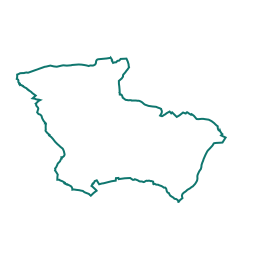 Zau De Campie, Mures, Romania (Robinson projection), rotated 341°
{"feature_id": "2599482B76504610301788", "entity_name": "Zau De Campie", "entity_type": "district", "adm_level": 2, "iso_a3": "ROU", "parent_name": "Romania", "parent_adm1": "Mures", "projection": "robinson", "projection_center": [24.155, 46.61], "detail": "fine", "context": "isolated", "style": "outline", "palette": "teal", "viewbox_px": 256, "rotation_deg": 341, "n_neighbors": 0, "source": "geoboundaries", "source_scale": "gbopen_adm2", "svg_char_len": 5724}
<svg xmlns="http://www.w3.org/2000/svg" viewBox="0 0 256 256"><g transform="rotate(341 128 128)"><path d="M151.2,214.9L151.6,214.5L153.7,213.1L156.2,212.2L156.6,212.1L156.7,211.7L156.8,210.4L156.9,209.8L157.0,209.5L157.4,208.9L157.8,208.4L158.1,208.1L158.6,207.8L160.3,207.1L161.4,206.9L162.7,206.4L164.0,205.8L167.1,205.2L168.4,204.7L169.6,204.4L170.3,204.3L171.4,203.7L173.1,202.8L174.3,201.9L175.9,200.5L176.4,199.9L177.2,198.4L177.7,196.7L178.0,195.9L178.5,195.1L179.0,194.5L180.4,193.0L181.2,192.2L182.9,190.9L183.2,190.8L183.5,190.5L184.2,189.5L184.6,188.9L185.5,186.9L187.1,184.8L188.2,183.6L189.3,182.1L192.7,178.4L195.0,176.2L196.0,175.4L199.1,173.8L202.2,172.1L203.6,170.9L203.9,170.6L204.5,170.4L206.8,170.9L210.6,172.0L212.6,172.5L217.2,168.8L213.6,165.3L215.2,164.5L214.9,164.0L214.6,163.2L214.1,161.2L214.1,160.6L213.9,160.9L212.9,159.4L212.8,158.9L212.8,158.1L212.9,157.0L213.4,155.6L213.1,155.2L212.5,154.3L211.6,152.6L211.1,151.5L209.3,148.8L207.7,147.1L207.0,146.4L206.4,146.1L203.1,144.4L202.2,143.9L200.5,143.3L197.6,142.6L196.1,142.0L195.8,141.8L195.6,141.4L194.4,138.2L194.0,137.5L193.2,136.4L192.6,135.6L191.9,136.0L190.0,133.7L189.5,132.9L189.1,132.4L188.8,132.3L187.9,132.7L187.3,133.1L187.1,133.0L185.9,132.0L185.1,131.3L183.9,131.7L182.5,132.2L180.8,132.8L177.7,133.4L174.8,127.6L173.6,128.2L172.7,126.0L169.7,126.5L168.6,126.8L168.3,127.0L167.6,127.2L166.3,127.4L164.5,127.9L164.0,127.9L163.2,127.4L162.4,126.7L164.4,125.1L165.2,123.9L165.3,123.6L165.5,122.9L165.5,122.4L165.4,121.2L165.5,120.7L164.6,119.8L162.5,118.1L161.7,117.3L161.2,117.0L158.3,115.7L154.8,113.9L154.1,113.4L152.9,112.4L151.8,111.6L151.0,110.6L149.7,108.3L148.7,107.1L147.6,106.1L146.9,105.7L146.0,105.4L145.2,105.0L144.2,104.5L140.5,103.3L140.4,103.1L139.7,102.6L137.1,101.8L136.2,101.2L135.2,100.8L134.7,100.3L134.4,99.9L133.8,98.9L133.2,98.1L132.9,97.6L133.0,97.4L132.9,97.1L133.0,96.3L132.9,95.6L132.9,95.1L132.7,94.7L132.6,94.4L132.1,93.9L132.2,94.3L131.1,93.7L132.5,89.0L133.3,85.8L133.8,83.3L134.7,80.5L135.7,80.1L136.5,79.8L137.1,79.5L137.6,79.4L138.1,79.2L140.0,77.8L140.5,76.5L140.9,76.0L142.4,75.2L143.6,74.5L145.4,73.2L146.2,72.8L148.8,70.9L148.8,69.8L149.3,67.9L149.3,67.2L149.4,65.1L149.1,61.9L146.0,61.0L143.5,60.3L142.6,60.9L141.9,61.2L141.6,61.4L141.2,61.4L140.3,61.1L139.9,61.1L139.4,61.3L138.8,61.7L138.0,62.0L136.9,61.6L136.2,61.6L135.1,61.6L135.1,61.2L134.7,59.5L134.9,59.5L134.9,59.1L135.1,58.7L135.0,58.0L134.5,55.9L134.4,56.0L130.4,55.3L122.2,53.3L121.3,53.3L120.9,53.4L120.1,53.9L119.6,54.5L118.7,56.3L118.1,56.9L117.8,57.1L117.2,57.4L115.8,57.6L115.1,57.5L114.7,57.4L113.0,56.7L112.5,56.6L111.0,56.6L110.9,56.5L108.9,55.2L107.3,54.3L104.8,53.0L102.1,51.9L95.6,50.2L94.7,50.2L91.2,49.3L90.2,49.0L87.8,47.9L86.9,47.6L85.6,47.4L80.7,46.9L80.2,46.7L77.9,45.6L74.9,43.7L70.7,43.3L69.6,43.1L69.2,43.0L51.6,43.2L51.0,43.0L50.2,42.5L48.5,42.2L47.5,42.2L45.4,41.5L43.8,41.1L41.9,41.4L40.6,41.4L39.8,43.8L39.6,44.1L38.8,45.4L39.5,46.0L39.8,46.5L39.8,47.6L39.4,48.5L39.3,49.0L39.5,49.5L39.9,50.1L40.1,50.4L40.1,50.7L39.5,50.7L39.5,51.1L39.8,51.2L39.8,51.6L40.2,51.6L40.1,52.3L40.7,52.3L42.1,53.7L41.9,53.8L42.7,54.9L43.6,56.0L45.0,57.4L45.1,57.6L45.2,58.1L46.0,59.1L45.8,59.2L46.3,60.0L47.5,61.4L48.3,62.5L48.8,63.7L51.3,67.3L47.5,68.9L49.6,70.1L49.9,70.4L50.6,71.1L53.1,72.3L54.1,73.0L52.8,73.2L52.0,73.4L48.8,74.9L49.0,75.1L49.0,75.5L48.6,76.4L48.6,76.7L48.6,77.1L49.2,78.7L49.5,79.4L49.5,80.1L49.5,80.4L49.2,81.0L48.7,81.6L47.7,83.0L47.2,83.6L47.7,85.1L48.0,85.7L48.5,86.1L49.3,86.7L49.7,87.3L50.2,88.7L50.0,90.2L50.1,91.3L50.4,93.2L50.7,94.4L51.3,95.8L51.2,96.1L51.1,96.3L51.5,96.3L51.8,96.8L51.8,97.2L51.8,97.5L51.4,97.9L51.1,98.5L51.0,98.9L50.2,101.0L49.9,102.2L49.7,102.8L49.3,103.2L49.2,103.8L49.2,104.2L50.0,106.3L50.8,107.7L51.6,109.0L51.0,109.4L52.4,111.4L53.4,113.7L54.1,115.8L54.3,116.4L54.6,117.3L56.0,120.2L57.1,122.1L57.9,123.7L59.5,126.2L59.7,127.3L59.8,129.2L59.7,130.0L59.5,132.2L59.2,132.8L58.5,133.5L58.1,133.8L57.0,134.2L56.5,134.2L55.5,134.0L55.4,135.3L54.8,135.3L54.6,135.4L53.0,137.2L52.2,137.7L50.1,138.7L48.6,140.4L47.3,141.7L46.7,142.1L45.9,142.5L45.7,143.9L45.5,144.2L45.2,144.4L45.8,146.4L46.4,149.2L46.0,149.9L45.4,151.1L44.3,153.9L46.2,154.6L46.2,154.8L46.9,155.6L48.4,156.8L48.8,157.2L50.5,159.2L49.9,159.7L51.9,161.7L52.2,161.4L54.4,163.7L55.1,164.5L55.5,165.4L55.6,166.5L55.6,167.3L55.3,168.2L56.5,168.4L57.4,168.8L58.9,169.6L61.8,171.0L63.0,171.8L64.8,172.8L65.9,174.5L67.6,176.0L68.6,176.8L69.4,177.5L69.6,177.7L70.2,178.9L70.8,179.9L74.2,178.3L76.5,177.5L77.9,177.1L77.7,176.4L75.9,173.0L75.3,171.9L74.6,170.9L75.5,170.1L76.2,169.3L76.5,169.1L76.7,169.5L78.1,168.6L79.2,167.4L81.4,167.3L82.4,171.8L85.4,172.0L86.7,172.3L95.1,173.0L97.4,173.4L99.2,173.8L100.3,171.5L102.7,172.1L102.6,173.3L108.6,174.5L110.7,175.1L113.8,176.0L115.6,178.5L116.6,178.9L117.5,178.9L117.8,178.7L119.1,179.7L119.9,180.4L120.6,181.1L121.1,181.8L121.7,182.3L122.6,182.7L123.3,182.9L123.9,183.2L125.1,184.2L125.7,184.3L127.5,183.9L128.1,183.9L128.5,183.9L129.6,184.5L130.4,184.5L130.9,184.7L131.2,184.9L132.1,185.6L132.9,185.8L133.2,186.0L134.0,186.7L134.3,186.9L134.0,188.0L134.1,188.4L134.1,188.6L133.7,189.1L133.8,189.4L133.9,189.5L134.0,189.5L134.5,189.4L135.1,189.5L135.4,189.8L135.9,190.4L136.2,190.7L138.1,191.5L138.5,192.0L140.1,193.3L140.7,193.7L141.0,194.1L141.4,194.5L142.0,195.3L142.4,196.0L143.8,196.5L144.0,197.0L144.3,197.6L144.3,198.2L144.2,199.3L144.1,200.3L144.1,200.6L144.4,201.8L144.8,202.3L145.5,202.9L145.6,204.5L145.8,205.1L145.9,205.6L146.1,206.0L146.6,206.5L146.7,206.8L148.0,208.3L148.4,208.9L148.8,209.9L149.0,210.1L149.9,210.6L150.3,210.8L150.6,211.1L151.5,212.3L151.6,212.6L151.7,213.3L151.6,213.9L151.2,214.9Z" fill="none" stroke="#0f766e" stroke-width="2"/></g></svg>